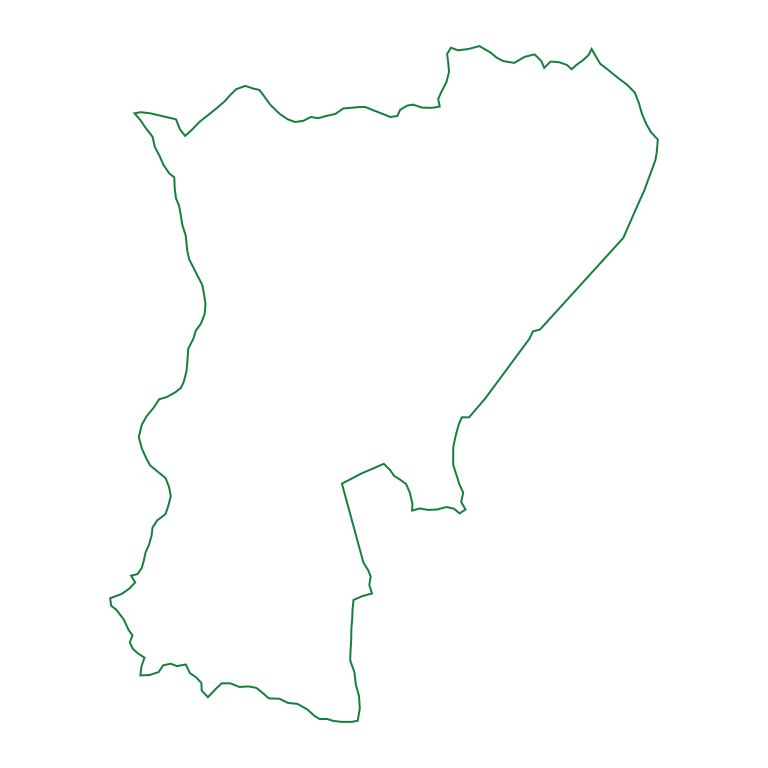 Aporá, Bahia, Brazil (Robinson projection)
{"feature_id": "56859067B48403270019390", "entity_name": "Aporá", "entity_type": "district", "adm_level": 2, "iso_a3": "BRA", "parent_name": "Brazil", "parent_adm1": "Bahia", "projection": "robinson", "projection_center": [-38.208, -11.75], "detail": "fine", "context": "isolated", "style": "outline", "palette": "green", "viewbox_px": 768, "rotation_deg": 0, "n_neighbors": 0, "source": "geoboundaries", "source_scale": "gbopen_adm2", "svg_char_len": 2919}
<svg xmlns="http://www.w3.org/2000/svg" viewBox="0 0 768 768"><path d="M591.6,49.0L588.6,55.1L582.7,60.4L576.6,64.8L571.6,69.3L566.9,64.9L559.0,62.2L550.5,61.6L544.2,67.9L541.3,61.1L534.6,54.4L524.5,56.9L514.2,62.9L503.4,61.1L496.9,57.8L490.4,52.5L479.4,46.1L468.5,49.0L458.0,50.3L451.0,47.7L447.1,54.0L448.3,63.3L449.0,72.0L446.4,82.2L441.2,92.3L438.2,99.0L439.7,106.6L431.3,107.9L422.0,107.6L413.0,104.6L406.9,105.7L400.2,109.8L397.3,116.0L390.3,117.0L381.9,113.6L372.6,110.0L365.0,106.9L357.1,107.2L350.5,107.9L343.4,108.4L335.4,113.9L326.2,116.0L318.3,118.2L310.8,117.0L303.4,120.8L295.2,122.0L287.7,119.3L279.7,113.9L270.5,105.0L263.7,95.6L259.3,89.9L253.0,88.5L245.4,85.9L236.2,89.2L229.9,95.4L224.8,101.2L216.4,108.4L207.6,115.5L199.6,121.8L191.8,129.9L185.1,135.9L179.8,129.1L176.0,119.3L150.3,113.3L140.7,112.2L134.5,113.3L140.4,120.1L145.1,127.2L152.6,136.9L154.8,147.0L159.4,155.6L163.4,164.7L169.1,173.3L174.3,177.4L174.7,188.4L176.0,198.4L179.0,205.6L180.6,213.9L182.3,224.8L185.8,236.0L187.2,250.4L189.1,259.3L192.8,266.4L197.3,275.4L202.3,284.9L204.2,295.2L205.5,304.3L204.6,314.1L201.0,323.5L195.8,330.6L193.5,338.4L188.2,348.9L187.4,360.9L186.5,371.1L183.8,381.7L180.9,387.9L175.0,392.5L166.1,397.3L159.2,399.2L153.9,407.4L146.6,416.2L141.8,424.8L138.8,437.1L141.8,448.3L145.7,457.1L150.0,465.3L156.9,471.0L165.5,478.0L169.1,487.1L170.8,496.2L168.1,506.5L165.5,514.1L157.2,520.4L152.5,527.6L151.6,535.5L149.0,544.8L145.6,552.3L143.7,561.1L141.8,567.8L137.5,574.1L131.1,575.7L135.2,582.4L129.2,588.7L121.6,594.0L110.2,598.2L111.1,605.7L116.4,609.8L123.7,619.4L128.6,629.9L132.5,635.4L129.8,642.4L132.8,648.8L138.2,653.6L144.5,657.7L141.4,666.5L140.4,675.4L149.6,675.0L158.6,672.1L163.2,665.3L170.8,663.7L176.9,666.1L185.8,664.5L189.9,673.1L196.1,677.3L201.4,683.0L201.7,690.5L207.9,697.2L215.8,688.9L221.8,683.3L230.3,683.3L239.5,687.0L248.4,686.4L256.4,687.9L262.0,692.4L268.9,698.4L279.3,698.7L287.9,702.9L297.4,703.9L307.4,709.5L314.0,715.5L319.5,719.0L327.1,719.0L333.3,720.9L341.9,721.9L351.6,721.9L357.7,720.8L359.8,708.5L359.0,696.0L355.8,684.5L354.5,672.5L350.2,660.4L350.5,651.4L351.2,639.5L351.4,628.0L352.2,619.4L352.5,610.2L353.5,600.0L362.1,596.2L372.0,593.5L369.3,585.1L370.7,576.4L368.2,570.3L363.4,562.5L341.9,483.6L349.9,479.5L361.4,473.5L383.8,463.8L390.1,470.1L394.3,476.1L399.9,479.5L406.1,484.0L409.8,492.6L412.4,503.6L412.1,510.6L420.1,508.4L427.5,509.9L437.4,509.5L446.4,507.0L454.0,508.7L459.5,513.4L465.5,509.5L461.2,502.0L463.2,492.6L459.5,484.7L457.2,477.3L453.2,464.9L453.2,454.8L453.3,446.9L455.6,436.1L458.5,425.1L461.8,417.3L469.1,417.3L485.2,398.5L529.4,338.8L532.9,331.4L540.0,329.5L623.3,237.9L635.1,210.9L640.3,199.2L643.9,191.4L652.9,167.0L655.5,159.8L656.8,151.9L657.8,139.5L650.9,132.1L646.2,123.9L642.0,113.9L638.8,102.8L634.8,92.6L627.1,84.7L619.0,78.7L613.0,73.9L608.1,69.8L600.2,63.8L594.9,54.7L591.6,49.0Z" fill="none" stroke="#15803d" stroke-width="2"/></svg>